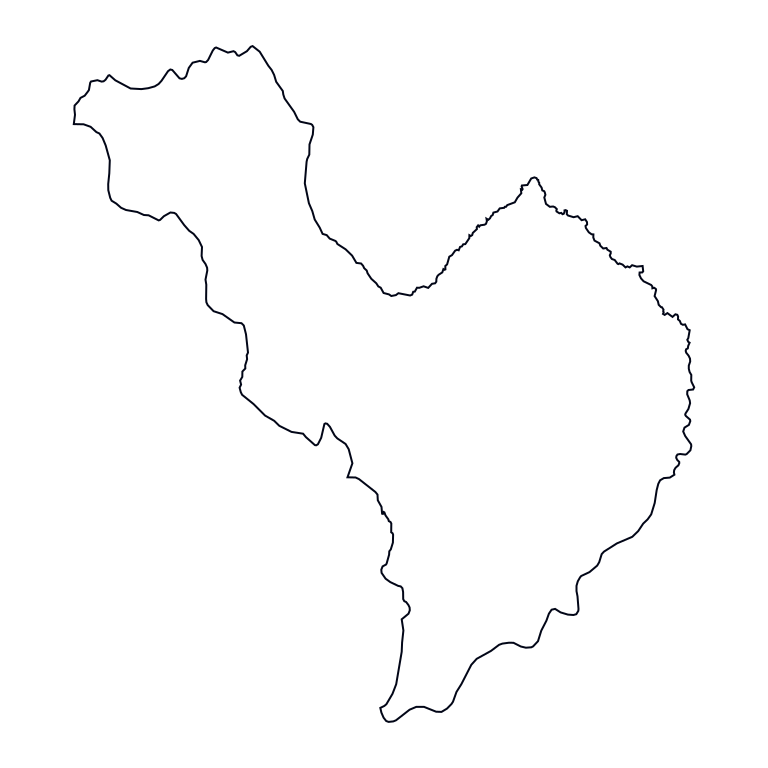 Doi Lo, Chiang Mai, Thailand (Equal Earth projection)
{"feature_id": "78962969B26500920183466", "entity_name": "Doi Lo", "entity_type": "district", "adm_level": 2, "iso_a3": "THA", "parent_name": "Thailand", "parent_adm1": "Chiang Mai", "projection": "equal_earth", "projection_center": [98.774, 18.527], "detail": "fine", "context": "isolated", "style": "outline", "palette": "ink", "viewbox_px": 768, "rotation_deg": 0, "n_neighbors": 0, "source": "geoboundaries", "source_scale": "gbopen_adm2", "svg_char_len": 6048}
<svg xmlns="http://www.w3.org/2000/svg" viewBox="0 0 768 768"><path d="M380.3,707.9L381.4,712.6L383.6,717.7L386.2,721.0L388.6,721.9L393.3,721.4L396.0,720.3L409.6,709.7L416.2,706.9L424.1,706.9L436.1,711.7L441.5,711.9L447.0,708.6L451.5,704.0L453.0,701.7L456.5,691.9L461.4,684.1L471.3,664.8L476.7,658.8L491.0,650.9L499.1,644.8L502.4,643.6L509.1,642.7L513.5,642.8L520.8,646.5L525.9,647.7L531.3,647.3L533.1,646.4L538.0,641.2L541.3,630.6L546.4,620.7L548.9,613.7L551.6,609.7L555.1,608.9L560.6,612.4L567.9,614.6L573.4,615.0L576.3,614.2L578.3,610.9L578.5,609.0L577.5,596.3L576.5,591.1L576.5,585.8L577.8,581.3L580.1,577.3L581.2,576.0L589.5,572.1L597.2,565.6L599.2,562.2L601.7,554.1L604.0,551.6L616.9,543.4L632.3,536.8L638.2,531.1L643.2,523.6L647.6,519.4L651.2,514.4L654.7,503.0L656.7,490.0L658.3,483.8L660.1,480.3L663.8,478.1L669.8,477.6L674.4,474.7L673.9,472.4L674.2,470.1L675.6,467.7L678.4,465.3L679.3,463.1L679.2,461.9L677.2,459.9L676.2,457.8L676.4,456.1L677.5,454.5L680.1,454.0L685.3,454.6L686.6,454.1L690.4,450.3L691.3,446.1L691.1,444.3L685.2,436.0L683.2,431.5L684.5,427.6L688.9,424.9L690.3,421.1L690.0,419.6L685.9,416.0L685.2,414.8L685.5,413.5L688.4,409.0L690.1,403.2L689.7,400.4L687.2,394.3L687.3,391.2L688.5,390.0L693.1,389.5L694.2,387.3L691.7,382.3L691.2,380.6L691.3,374.9L689.6,372.0L688.8,368.8L688.8,365.6L690.2,361.5L690.0,358.6L688.6,355.7L686.2,352.7L685.7,350.9L686.1,349.3L687.8,348.4L688.2,345.9L689.6,342.7L688.3,341.9L687.3,339.8L688.3,338.1L689.7,330.2L687.5,329.2L685.1,324.4L682.9,324.8L681.0,323.8L679.8,320.9L678.0,319.4L678.1,316.5L677.3,314.8L675.4,314.3L672.5,316.9L667.4,313.1L664.7,314.9L663.0,313.9L663.7,312.2L663.2,311.3L663.5,309.6L661.9,307.2L661.0,307.1L658.7,304.8L657.9,301.2L654.6,296.1L656.1,290.0L655.8,288.9L654.2,287.8L652.4,288.3L652.3,286.4L651.2,285.0L643.6,281.3L641.0,278.4L639.4,275.0L639.6,272.5L642.3,272.4L643.2,271.3L642.6,266.0L636.8,266.6L632.1,265.2L629.7,267.4L627.4,266.4L625.5,267.4L622.6,264.6L619.5,263.4L618.5,264.1L617.6,263.8L614.7,260.0L611.9,259.0L610.4,257.0L609.8,255.2L610.7,253.5L610.7,251.7L607.4,249.7L606.5,248.0L603.2,248.5L600.3,245.7L599.5,243.3L594.5,240.6L593.3,237.5L593.4,234.4L591.6,234.3L588.8,232.3L585.9,228.0L585.5,226.0L587.1,224.5L587.0,222.1L585.2,219.3L581.6,220.2L577.7,216.2L573.6,217.2L568.0,215.5L566.8,214.2L567.0,210.8L565.6,210.1L564.5,210.4L564.6,211.8L563.7,213.8L562.5,214.2L561.3,212.9L559.4,213.3L556.6,211.5L556.3,210.8L556.8,209.1L554.9,207.2L553.1,206.5L549.8,206.8L546.0,203.9L544.3,197.5L545.4,194.8L544.8,192.4L544.2,191.2L542.3,190.4L541.6,187.6L539.2,184.3L539.2,182.7L538.4,181.7L538.2,179.9L537.3,179.7L536.5,178.1L534.4,177.4L531.2,178.5L527.4,185.0L521.9,185.5L521.6,186.4L522.6,189.1L522.2,189.8L520.9,189.3L521.3,193.3L517.5,197.6L514.8,202.3L507.3,205.1L506.0,206.8L504.8,206.8L504.2,207.8L499.7,208.4L497.5,211.5L493.4,212.6L492.7,215.0L491.1,216.1L490.0,218.3L488.3,219.8L486.5,218.7L486.9,221.2L486.0,223.8L484.6,224.7L480.3,225.3L479.2,226.7L478.1,225.4L476.7,227.2L476.9,229.1L472.8,232.9L472.2,235.1L470.8,236.0L469.4,235.2L469.3,238.2L465.3,244.1L463.2,244.3L461.9,246.4L460.1,246.9L458.7,250.3L457.0,249.8L455.1,250.7L452.0,255.1L449.3,256.7L447.1,264.4L445.3,266.0L445.4,269.4L444.5,269.8L443.4,269.1L442.3,272.4L438.6,274.8L437.3,276.3L436.4,278.8L436.3,281.7L435.1,283.3L432.0,283.8L428.2,287.9L423.6,286.3L419.3,287.8L417.0,287.7L414.8,291.6L413.2,291.8L412.2,294.6L410.1,295.5L398.4,293.2L395.9,295.1L391.3,296.0L389.0,294.4L383.6,293.0L380.7,287.7L378.3,286.4L376.3,283.3L371.3,278.8L367.6,273.3L366.7,270.5L364.2,268.2L363.1,265.8L361.1,263.5L356.4,262.9L352.1,255.6L345.6,249.3L337.4,244.0L336.2,241.6L335.3,240.9L329.7,238.6L326.7,235.1L322.6,233.9L319.7,227.6L314.7,219.5L312.3,211.1L308.9,203.2L304.8,183.3L306.6,161.7L307.2,159.0L309.3,154.6L309.5,144.4L312.8,134.6L313.4,127.2L312.2,124.9L310.9,124.0L300.2,121.7L297.8,119.3L294.1,111.8L284.6,98.5L283.3,94.5L282.8,91.0L276.2,81.8L274.1,74.9L271.6,69.9L268.3,65.7L259.7,51.7L252.6,46.1L250.7,46.8L246.9,51.2L239.2,55.8L237.4,55.3L235.2,52.1L233.5,51.2L227.9,52.6L216.1,47.5L214.7,48.1L212.8,50.5L208.1,60.0L206.2,62.0L205.0,62.3L199.9,60.9L192.6,62.7L188.8,67.9L186.1,76.3L184.3,78.2L181.9,78.9L179.5,78.3L172.3,70.0L170.3,69.5L168.0,71.2L161.5,80.8L158.6,84.0L154.7,86.4L148.2,88.2L141.4,89.1L130.6,88.5L115.3,80.3L109.5,75.2L108.4,75.5L105.5,79.8L103.6,81.3L101.6,81.6L97.4,80.2L91.0,81.5L90.2,82.8L88.9,90.1L87.7,91.8L84.7,95.7L80.5,97.9L78.5,101.4L74.6,105.5L74.4,109.2L75.0,114.8L73.8,124.1L83.6,124.3L90.6,126.8L96.4,132.1L99.4,133.5L102.6,138.0L105.7,145.5L109.8,160.3L109.3,173.3L108.2,184.1L108.3,190.2L110.2,197.8L111.6,200.7L116.3,203.6L121.1,207.8L126.0,210.0L137.3,212.0L143.9,215.0L148.6,215.3L158.7,220.4L160.1,219.9L163.9,216.2L170.4,212.5L174.2,212.9L176.1,214.0L184.2,225.1L189.2,230.8L193.6,233.9L198.7,240.1L202.0,247.0L201.6,256.0L202.6,259.9L205.5,264.0L207.1,267.7L207.3,270.5L205.5,279.6L206.3,284.7L206.1,299.0L206.4,302.3L207.7,305.1L213.6,311.2L222.5,314.1L234.4,322.5L241.5,323.2L243.8,325.5L246.0,334.3L248.0,352.6L246.7,355.4L247.1,359.2L245.2,365.3L245.3,368.5L242.4,371.5L242.3,376.9L240.1,380.6L241.1,384.6L239.6,387.7L240.8,392.2L242.1,394.8L253.5,404.0L265.1,415.6L274.2,420.8L279.3,425.8L291.5,431.9L303.1,433.7L305.9,437.1L314.9,445.1L316.2,445.3L317.9,444.3L321.2,437.8L324.4,424.0L325.4,423.4L327.2,423.8L329.9,426.8L334.7,435.6L337.3,438.4L345.6,444.0L348.7,449.2L352.4,463.3L347.5,477.3L355.6,477.5L359.0,479.1L375.4,492.0L377.5,494.6L377.8,500.3L381.5,506.9L382.1,513.7L382.9,513.9L383.7,512.0L384.4,512.4L385.5,515.4L388.3,519.3L388.8,521.1L390.5,522.0L391.3,523.5L391.2,532.3L392.6,533.3L393.1,534.7L392.9,542.6L390.8,549.4L389.3,551.3L389.1,554.7L386.7,563.3L386.1,564.5L382.6,566.4L381.3,569.7L381.6,572.9L385.6,578.7L390.3,582.1L398.2,585.9L400.7,586.4L402.4,588.2L403.1,592.0L403.2,599.1L404.3,601.2L406.1,602.0L408.4,605.0L409.6,607.5L409.8,610.3L408.5,613.7L401.7,619.3L403.4,630.5L402.1,642.5L401.7,651.8L396.2,684.2L392.5,693.8L386.4,704.2L384.4,705.9L380.3,707.9Z" fill="none" stroke="#020617" stroke-width="2"/></svg>